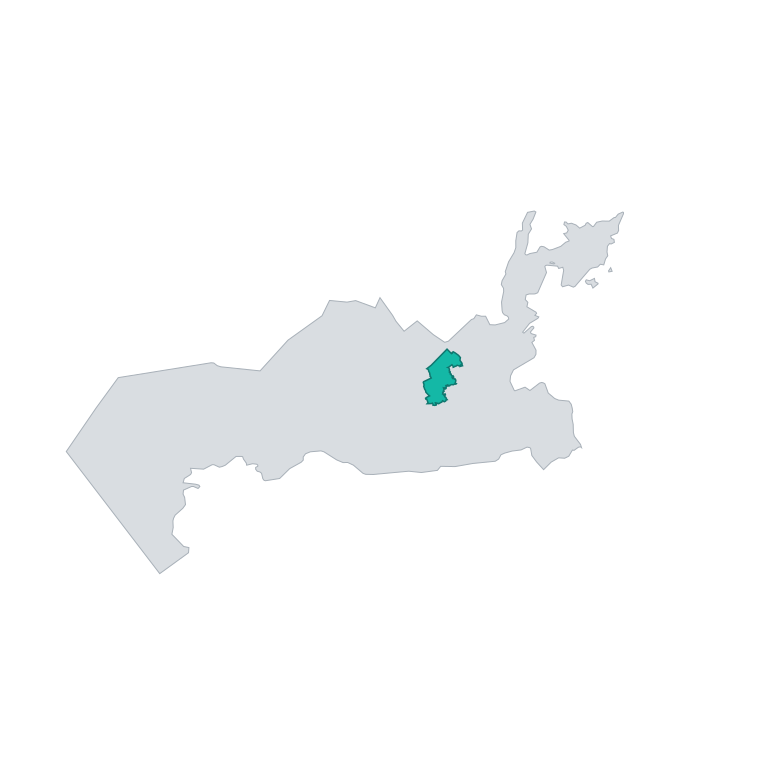 location of Nurata, Navoi, Uzbekistan, rotated 320°
{"feature_id": "79887680B28423618609803", "entity_name": "Nurata", "entity_type": "district", "adm_level": 2, "iso_a3": "UZB", "parent_name": "Uzbekistan", "parent_adm1": "Navoi", "projection": "robinson", "projection_center": [65.941, 40.555], "detail": "fine", "context": "in_parent", "style": "filled", "palette": "teal", "viewbox_px": 768, "rotation_deg": 320, "n_neighbors": 0, "source": "geoboundaries", "source_scale": "gbopen_adm2", "svg_char_len": 5670}
<svg xmlns="http://www.w3.org/2000/svg" viewBox="0 0 768 768"><g transform="rotate(320 384 384)"><path d="M593.4,349.7L604.3,344.8L610.3,348.1L610.9,349.9L604.3,353.5L598.4,355.5L596.7,360.0L590.8,362.0L585.0,368.3L575.7,374.7L575.6,376.0L576.5,377.1L579.5,377.8L585.8,381.3L591.7,379.3L593.2,379.8L594.8,381.8L596.6,387.6L599.3,389.2L607.9,392.2L614.3,392.2L617.6,393.4L618.1,392.9L618.3,384.3L621.1,385.7L624.0,384.6L625.0,380.4L624.3,377.5L626.4,375.9L627.6,377.0L627.8,379.6L630.9,381.3L633.3,385.6L634.1,390.4L640.1,391.7L642.2,390.8L643.9,391.3L644.9,397.5L645.8,398.0L650.9,396.8L655.9,399.4L661.2,404.0L667.2,404.4L668.4,405.2L672.6,404.4L677.5,405.8L677.7,406.5L676.9,407.5L665.5,413.2L662.4,417.2L659.8,418.4L652.8,416.2L651.8,418.7L653.1,421.0L651.5,423.6L647.9,422.7L647.1,421.4L643.7,422.1L639.7,426.2L637.8,429.6L634.1,430.6L628.9,434.0L626.7,431.3L622.9,431.7L617.9,428.9L615.4,428.4L593.1,432.0L591.3,431.5L588.9,426.8L583.3,424.3L583.4,422.0L594.7,412.4L596.0,409.5L592.1,407.8L592.7,405.3L585.1,397.6L583.7,397.1L582.7,397.4L580.1,403.1L560.4,412.9L557.5,412.0L553.0,408.3L550.1,407.1L546.5,410.1L546.7,413.9L543.1,416.7L546.6,426.7L546.3,428.0L543.7,428.4L545.7,432.1L544.1,432.6L534.5,431.1L523.5,433.4L523.9,435.0L533.7,434.7L535.1,435.4L535.3,436.7L534.8,437.4L529.6,438.3L529.1,439.9L531.9,444.3L530.6,445.3L528.7,444.5L527.3,447.3L524.0,447.2L522.2,455.8L519.5,458.9L515.8,460.3L492.3,456.4L486.2,459.1L482.2,463.0L479.7,472.4L479.9,473.4L490.0,477.1L491.6,482.8L503.8,483.3L505.8,484.2L506.8,485.6L507.4,487.2L504.0,496.5L505.4,504.8L507.4,508.6L514.6,515.9L514.4,519.8L512.7,523.4L510.8,526.5L508.6,527.8L505.6,531.7L503.0,536.5L497.9,542.9L496.2,546.4L495.7,556.6L494.4,559.7L494.2,558.5L492.3,557.4L487.0,557.0L485.9,555.7L479.1,558.1L474.7,557.0L470.3,552.8L461.9,551.3L451.2,552.2L450.8,541.7L451.3,533.8L454.9,527.6L454.8,526.5L453.0,524.3L446.6,522.6L439.0,517.7L432.0,514.5L428.1,513.4L423.6,515.2L419.6,514.7L401.0,502.0L385.3,492.9L374.5,483.5L369.4,484.5L355.7,475.8L346.9,466.7L317.6,446.4L311.9,441.4L310.5,438.9L308.4,426.5L305.8,420.9L302.1,417.8L299.0,411.8L294.4,397.3L292.7,394.7L284.0,388.6L279.0,387.0L275.2,388.0L273.2,390.4L270.2,390.7L257.4,388.2L243.3,389.3L231.0,381.9L230.2,380.7L230.3,378.7L232.8,373.7L232.4,371.6L230.8,369.3L230.9,366.8L232.1,365.4L234.4,365.9L235.2,365.0L235.0,363.7L232.1,360.6L226.6,357.9L227.7,356.0L228.1,351.2L229.0,348.8L228.3,347.9L224.1,344.4L210.3,344.2L207.0,343.2L204.4,341.9L201.9,336.6L200.6,335.4L191.1,333.3L181.6,324.2L179.6,328.2L177.7,329.0L170.3,328.0L166.6,330.5L175.3,339.7L177.2,342.5L177.0,344.2L174.4,344.5L172.2,340.1L170.7,338.8L162.2,336.4L159.3,339.2L158.4,342.7L154.4,348.8L150.0,349.9L139.7,350.2L136.5,351.6L134.3,353.2L130.2,358.5L124.9,362.8L126.1,379.7L129.4,383.9L125.8,387.6L90.3,385.1L97.2,231.5L148.1,217.3L184.5,208.3L265.2,256.6L267.1,258.5L268.0,262.7L270.1,266.0L297.5,294.3L338.7,288.7L380.4,291.9L396.0,285.0L408.3,297.5L415.9,301.9L426.3,320.1L436.4,315.3L434.7,337.0L433.5,343.6L433.3,356.5L450.0,357.0L453.5,377.9L457.3,391.1L460.9,392.6L492.4,390.8L494.8,391.7L499.2,390.4L502.1,394.6L505.4,397.4L503.2,406.6L507.1,410.2L515.9,414.5L521.3,414.4L522.2,412.8L522.0,410.7L520.7,408.4L520.7,405.7L521.6,403.8L526.7,396.8L535.2,390.0L537.1,387.5L537.8,383.2L540.8,380.8L548.1,378.1L549.1,375.9L558.0,370.5L568.1,367.0L572.6,364.3L577.0,359.0L583.3,353.5L585.8,353.4L587.6,355.1L589.1,355.2L593.4,349.7ZM592.4,401.2L591.2,398.5L589.6,397.5L588.8,398.0L591.4,401.3L592.4,401.2ZM612.4,444.9L605.7,444.8L606.8,440.7L604.3,438.8L603.8,436.7L604.3,434.8L605.9,434.2L607.9,437.1L613.1,438.4L611.4,441.3L612.7,444.3L612.4,444.9ZM632.4,440.6L631.2,444.3L628.3,442.7L628.7,441.7L632.4,440.6Z" fill="#d9dde1" stroke="#a8b0b8" stroke-width="1"/><path d="M455.9,420.5L456.3,419.2L457.1,418.3L457.4,414.8L458.0,414.1L459.5,412.9L459.5,409.9L458.5,405.9L457.7,403.8L456.5,403.7L456.1,404.3L455.2,404.1L454.7,397.8L432.2,400.0L426.6,399.8L427.2,401.1L427.0,402.0L426.5,402.8L426.0,405.1L425.4,405.8L424.9,407.0L424.2,407.8L424.3,408.8L424.0,409.8L415.8,407.7L415.2,407.9L414.8,408.7L414.4,409.9L413.8,410.7L412.8,411.4L412.4,412.9L411.9,413.7L411.8,414.7L411.5,416.0L410.8,417.2L411.0,421.4L411.3,421.9L411.3,422.4L408.3,421.7L406.7,421.6L406.3,422.4L407.0,423.0L405.8,426.5L404.4,426.8L407.8,429.5L408.7,429.7L408.5,431.0L407.9,431.8L408.5,432.2L409.1,433.0L410.5,433.7L411.4,433.2L410.9,432.6L411.2,431.4L411.6,431.6L412.0,432.5L412.9,433.4L413.2,434.3L413.9,434.4L415.2,434.6L416.8,435.0L417.3,434.7L418.2,434.5L418.7,436.3L419.6,436.6L420.7,436.6L421.2,436.1L422.3,436.6L422.3,435.3L422.7,434.4L422.7,433.5L422.4,433.3L422.6,432.0L424.1,431.8L424.4,430.8L422.8,430.6L422.9,430.1L422.9,429.7L422.5,429.3L423.1,428.9L423.5,428.8L423.6,428.3L424.0,428.3L424.3,428.0L425.1,428.2L425.1,427.5L425.8,427.4L426.6,426.8L426.6,426.3L427.1,425.2L427.5,425.8L428.3,426.0L427.9,426.7L428.0,427.3L428.7,427.3L429.9,426.1L430.4,426.1L430.5,425.0L431.6,425.5L432.2,425.6L432.4,426.2L431.8,426.7L432.5,427.3L433.3,427.6L433.9,427.3L435.4,427.9L436.7,429.2L437.8,429.3L439.0,430.3L439.6,430.2L438.9,429.2L440.7,428.0L441.5,427.2L441.7,425.8L440.9,425.6L441.4,424.0L440.2,423.9L440.3,422.8L440.8,422.5L442.1,422.7L442.1,422.0L441.2,421.8L441.3,420.4L441.8,419.6L441.2,419.0L442.1,417.8L442.2,417.5L441.7,417.2L441.7,416.9L442.6,416.9L442.6,415.7L443.6,414.8L443.9,413.7L444.0,413.1L443.6,412.4L444.5,412.7L448.4,412.9L448.3,415.2L447.8,415.7L448.4,416.0L449.1,415.8L449.5,415.9L450.0,416.2L450.3,416.6L451.9,416.6L452.3,416.9L452.7,417.7L453.4,418.6L454.7,418.7L453.7,419.5L454.2,419.7L454.6,419.9L455.3,420.2L455.9,420.5Z" fill="#14b8a6" stroke="#0f766e" stroke-width="1.5"/></g></svg>